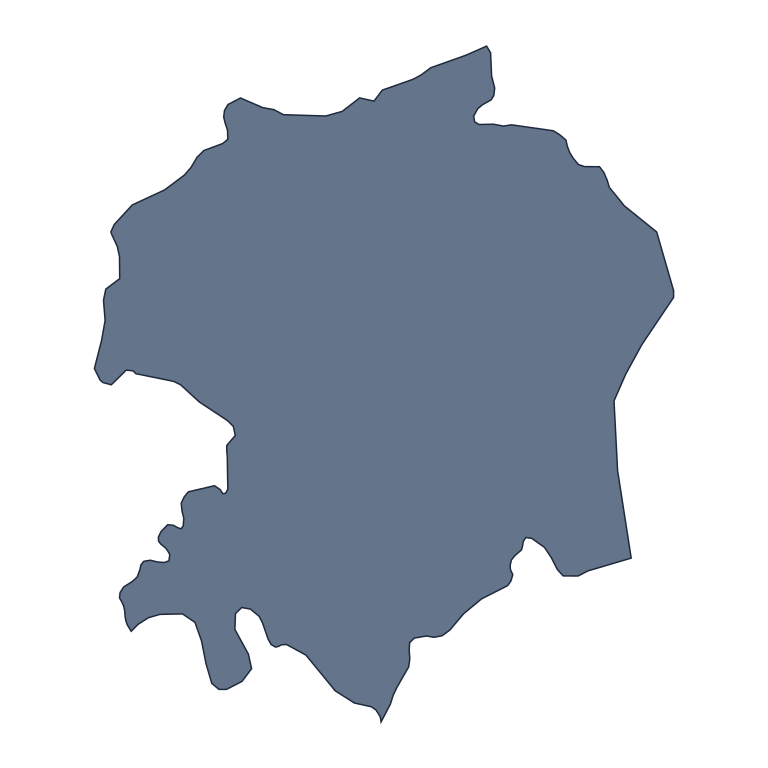 Viljandi, Albers equal-area conic projection
{"feature_id": "EST-2350", "entity_name": "Viljandi", "entity_type": "County", "adm_level": 1, "iso_a3": "EST", "parent_name": "Estonia", "parent_adm1": "", "projection": "albers", "projection_center": [25.42, 58.32], "detail": "fine", "context": "isolated", "style": "filled", "palette": "slate", "viewbox_px": 768, "rotation_deg": 0, "n_neighbors": 0, "source": "natural_earth", "source_scale": "10m", "svg_char_len": 2458}
<svg xmlns="http://www.w3.org/2000/svg" viewBox="0 0 768 768"><path d="M275.5,647.1L271.1,644.5L268.1,639.1L262.4,622.6L259.1,616.3L250.4,609.1L241.7,607.5L235.5,613.6L234.9,629.4L248.4,654.1L251.6,668.7L242.0,681.4L226.5,689.4L218.9,689.4L211.8,683.4L206.0,663.7L201.6,641.2L195.0,622.4L182.5,613.9L159.9,614.4L148.5,617.7L138.0,624.4L131.2,631.3L131.0,631.0L127.3,624.9L125.9,621.0L125.1,616.4L124.7,611.1L123.8,606.4L122.0,602.3L119.5,597.8L120.1,592.5L123.7,586.9L132.3,581.5L137.2,576.9L139.8,570.0L140.9,564.9L143.8,561.3L150.4,560.2L157.5,562.0L164.4,562.5L168.9,560.8L169.8,554.6L167.4,550.4L165.5,547.9L160.9,544.2L158.6,541.3L158.4,537.1L161.0,531.6L167.7,524.7L173.3,525.3L177.7,527.7L181.1,528.8L183.2,525.9L183.8,518.3L182.0,511.0L181.2,503.2L184.3,496.7L188.4,491.8L214.5,485.7L220.2,489.6L222.8,493.7L225.7,493.2L227.8,489.2L227.3,457.3L226.7,450.1L226.8,445.4L235.3,435.4L233.3,426.4L227.6,420.7L199.3,402.0L180.6,384.8L173.7,381.4L135.8,373.7L133.1,370.9L126.3,370.1L111.3,384.8L102.8,382.5L100.0,380.0L94.4,368.5L101.6,340.3L105.1,320.5L103.5,300.2L105.8,289.1L119.7,278.6L119.5,256.7L117.3,246.5L111.8,234.6L110.9,231.9L114.3,224.4L132.3,204.9L164.6,189.9L184.6,174.9L191.0,167.4L197.1,157.2L203.9,150.5L222.7,143.5L227.8,139.3L227.5,130.1L225.3,123.6L223.7,117.0L224.5,110.5L228.0,104.5L240.5,98.0L262.7,107.6L273.8,109.6L283.5,114.7L325.7,116.0L342.2,111.4L359.6,97.9L374.0,101.1L382.3,90.1L413.0,79.3L421.3,74.8L430.8,67.7L465.7,55.3L486.6,46.1L490.6,52.8L491.6,75.9L494.7,88.1L493.8,95.6L491.1,99.9L482.5,104.7L477.6,108.9L473.7,116.1L474.5,121.6L478.9,124.5L493.4,124.2L503.6,126.1L511.4,124.8L553.4,130.8L559.4,134.5L565.9,140.0L567.4,146.5L569.7,152.5L573.2,158.2L578.4,164.5L584.5,166.6L599.5,166.7L603.8,172.4L607.2,180.2L609.3,187.3L624.4,205.9L656.7,232.0L673.6,290.6L673.6,297.4L642.0,344.4L625.8,374.0L614.0,400.9L617.6,470.6L631.2,558.1L587.9,570.9L578.1,576.0L563.1,575.9L557.3,569.4L551.1,557.3L544.5,547.4L531.8,538.4L525.9,537.5L523.2,541.6L522.6,545.9L521.5,549.9L514.8,555.7L511.4,560.0L510.1,565.6L510.5,569.8L512.8,574.6L511.0,580.8L507.7,585.6L481.5,598.9L463.7,613.7L449.8,630.1L442.0,635.8L433.8,637.3L426.5,636.0L414.2,638.1L409.6,642.8L409.2,650.1L409.8,658.8L408.7,666.9L396.8,687.6L393.2,695.3L390.3,704.3L381.1,721.9L380.3,716.9L376.1,710.1L371.4,706.8L354.3,703.0L335.2,690.8L317.1,668.7L305.9,655.1L286.5,644.5L281.6,644.8L278.5,646.4L275.5,647.1Z" fill="#64748b" stroke="#1e293b" stroke-width="1.5"/></svg>